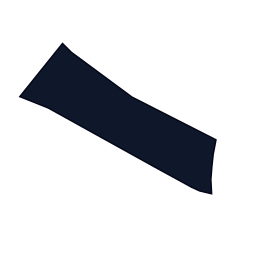 Rafah, Shamal Sina', Egypt (Equal Earth projection), rotated 134°
{"feature_id": "37247803B35204215208430", "entity_name": "Rafah", "entity_type": "district", "adm_level": 2, "iso_a3": "EGY", "parent_name": "Egypt", "parent_adm1": "Shamal Sina'", "projection": "equal_earth", "projection_center": [34.237, 31.05], "detail": "fine", "context": "isolated", "style": "filled", "palette": "ink", "viewbox_px": 256, "rotation_deg": 134, "n_neighbors": 0, "source": "geoboundaries", "source_scale": "gbopen_adm2", "svg_char_len": 350}
<svg xmlns="http://www.w3.org/2000/svg" viewBox="0 0 256 256"><g transform="rotate(134 128 128)"><path d="M180.6,227.6L169.0,199.3L155.1,147.3L137.4,81.2L126.4,41.0L123.5,32.8L117.2,22.2L107.5,32.6L97.3,41.0L87.8,48.4L75.4,56.5L75.8,57.8L103.0,146.6L112.9,221.3L112.7,233.8L180.6,227.6Z" fill="#0f172a" stroke="#020617" stroke-width="1.5"/></g></svg>